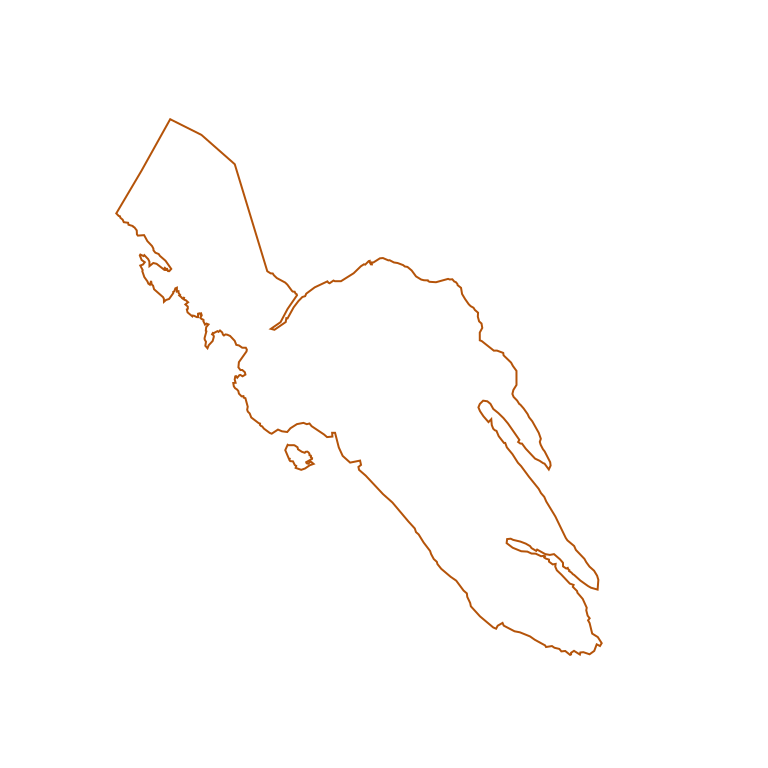 Lyngen nor, Troms, Norway (Albers equal-area conic projection), rotated 128°
{"feature_id": "86288312B24921561512033", "entity_name": "Lyngen nor", "entity_type": "district", "adm_level": 2, "iso_a3": "NOR", "parent_name": "Norway", "parent_adm1": "Troms", "projection": "albers", "projection_center": [20.09, 69.689], "detail": "fine", "context": "isolated", "style": "outline", "palette": "amber", "viewbox_px": 768, "rotation_deg": 128, "n_neighbors": 0, "source": "geoboundaries", "source_scale": "gbopen_adm2", "svg_char_len": 6134}
<svg xmlns="http://www.w3.org/2000/svg" viewBox="0 0 768 768"><g transform="rotate(128 384 384)"><path d="M307.0,715.5L365.2,706.4L414.4,700.0L414.9,696.5L414.4,695.3L415.3,694.1L415.4,691.1L416.7,688.7L414.5,684.9L415.8,683.4L414.2,679.3L414.5,678.1L414.2,677.2L415.2,673.4L418.2,670.8L418.6,669.3L414.4,664.7L417.1,658.4L418.1,651.7L419.3,649.1L420.6,647.9L421.3,645.0L420.3,641.6L421.0,639.5L421.4,632.0L424.3,622.5L427.3,622.7L428.0,623.7L426.8,625.8L427.6,626.8L427.4,628.2L428.2,628.2L428.5,626.1L429.3,627.3L429.3,637.2L430.7,640.3L435.5,641.4L432.0,644.2L430.8,646.7L430.0,652.2L431.2,652.2L432.0,655.7L433.0,655.6L435.5,651.3L435.3,647.5L438.3,647.5L440.7,649.0L442.8,644.3L443.9,643.9L447.3,638.7L448.8,633.6L450.0,631.5L449.9,629.6L446.2,631.0L448.5,628.4L448.7,626.5L450.9,623.5L451.6,611.5L452.4,609.9L454.7,608.0L452.0,607.5L449.3,605.7L442.2,606.0L441.2,606.8L440.0,606.3L437.1,607.3L435.6,606.5L438.7,604.1L437.4,603.1L438.9,601.6L439.3,599.6L440.3,599.8L440.4,596.7L440.7,596.0L440.5,594.9L438.4,594.8L440.6,594.1L440.4,592.6L440.0,591.9L440.2,588.7L443.6,589.5L443.8,586.3L445.5,584.9L446.6,585.3L448.5,582.9L448.7,576.7L447.9,576.9L447.2,575.7L446.5,572.6L445.8,571.7L443.1,573.8L441.7,572.7L442.2,571.6L441.1,571.4L442.1,569.9L444.9,569.5L445.1,567.6L444.7,566.8L444.7,565.5L445.7,565.0L447.4,561.6L445.7,561.1L445.1,559.0L448.7,559.1L451.8,557.2L451.8,556.4L458.4,553.6L459.4,552.6L460.3,550.3L463.9,548.3L464.5,545.1L461.4,546.0L455.6,545.5L451.5,547.2L450.6,548.3L450.7,550.1L449.1,550.3L448.9,549.6L444.9,547.8L444.8,546.5L442.8,546.2L443.0,543.2L444.2,541.4L444.3,540.0L442.6,539.5L441.7,538.0L440.9,534.9L441.9,528.2L444.1,524.5L442.9,522.0L442.7,518.1L440.5,515.2L441.4,513.2L443.0,512.4L456.1,511.8L460.5,509.0L461.4,505.7L460.2,504.3L460.4,500.9L461.9,499.0L465.0,500.2L465.3,502.8L466.1,503.4L469.4,503.5L468.9,505.5L469.6,505.9L472.4,504.4L474.4,501.7L476.0,503.4L478.3,500.9L479.0,498.7L478.8,496.6L479.2,494.5L480.9,492.4L481.4,488.6L480.1,487.3L481.1,486.1L480.5,484.5L485.8,477.4L488.5,476.0L489.6,474.3L489.9,471.7L492.1,468.0L492.0,458.7L491.5,457.3L492.6,456.6L492.8,455.1L492.4,453.9L493.1,451.2L492.9,443.9L492.3,441.9L485.2,439.5L484.1,435.3L481.4,430.7L476.5,430.5L469.2,427.9L464.2,423.5L463.2,420.1L461.0,418.4L461.8,415.1L460.7,400.3L460.9,396.2L457.2,392.3L454.4,394.8L452.6,392.5L461.8,380.6L466.1,372.3L466.8,362.3L459.1,355.7L461.9,352.3L465.1,353.1L467.0,350.8L467.5,341.8L471.4,316.9L472.2,304.4L477.3,280.2L478.9,270.8L481.0,267.6L481.2,264.1L484.5,255.2L487.2,244.9L489.0,242.2L491.3,237.0L491.6,232.9L493.0,231.0L494.4,225.1L494.9,212.7L494.5,206.0L497.8,194.1L498.0,189.8L500.5,187.3L503.5,181.3L505.7,178.7L508.0,165.3L508.6,148.0L507.8,145.0L504.5,145.6L499.3,143.5L500.7,140.9L498.5,128.9L496.0,124.0L493.0,113.5L492.7,107.7L490.8,96.1L491.5,94.4L487.1,90.3L486.9,87.3L484.8,82.7L485.5,79.6L482.8,76.8L482.9,70.6L481.9,70.1L480.6,71.1L477.3,70.0L476.6,63.1L474.7,64.0L472.6,61.8L470.4,55.6L464.9,54.0L458.2,56.1L457.5,52.5L454.2,52.9L451.8,59.7L452.5,66.3L445.8,74.8L444.6,77.7L442.0,77.7L441.2,80.9L437.8,85.3L435.5,86.5L431.0,95.1L429.4,103.1L428.3,104.4L427.6,110.3L425.6,110.9L426.9,114.7L425.0,126.8L424.4,133.1L422.5,136.6L420.1,138.0L422.3,140.0L422.4,144.6L420.8,145.9L421.9,148.8L422.1,150.9L420.7,151.1L421.1,152.4L423.0,154.2L424.3,160.0L426.8,163.4L427.8,167.8L431.3,172.9L433.8,181.8L433.9,189.4L430.4,191.5L427.9,188.9L427.3,186.2L424.2,179.5L422.5,174.0L421.8,169.1L422.5,166.7L421.8,161.3L420.2,161.4L418.8,152.3L416.6,148.1L413.4,145.3L413.8,137.3L414.7,132.9L417.5,130.6L417.2,126.8L415.8,126.0L416.6,124.7L416.6,123.3L417.4,123.0L417.2,120.2L417.6,118.0L417.4,116.7L418.0,108.3L417.6,98.9L417.1,95.5L414.5,89.1L406.4,94.5L403.9,98.0L401.8,103.5L401.4,109.6L399.9,114.9L398.4,118.4L396.6,130.7L394.6,134.4L394.3,143.2L393.4,146.0L382.9,167.4L376.7,183.8L374.3,188.2L373.3,193.2L371.4,197.5L367.9,212.5L364.3,225.4L363.6,230.0L360.2,239.6L358.3,248.2L355.8,252.2L356.6,253.2L354.5,261.5L351.7,266.5L352.2,268.3L352.0,270.4L350.0,273.8L345.7,277.8L349.7,278.2L348.2,285.8L346.3,291.6L344.3,295.2L340.7,296.2L336.1,295.6L334.0,291.9L334.1,287.9L336.4,282.5L336.5,276.1L337.3,268.9L338.8,262.0L344.7,242.9L347.1,242.6L347.0,239.9L346.0,238.6L347.7,232.5L349.8,219.0L348.7,214.1L348.4,209.8L347.9,208.5L349.9,201.5L345.7,202.5L343.3,204.9L338.2,215.9L337.5,218.7L335.4,223.2L333.7,225.6L330.6,226.7L327.2,232.0L322.1,244.2L320.9,249.2L319.3,252.3L317.3,258.9L316.3,264.0L316.5,265.0L315.1,268.9L314.4,273.9L312.8,276.7L309.0,278.4L303.2,279.0L292.1,287.7L290.4,293.6L288.9,297.0L287.8,307.4L286.1,309.2L288.1,315.5L290.1,318.0L290.0,333.4L290.6,335.4L284.5,340.2L279.3,341.1L276.3,344.4L276.1,347.6L273.2,351.5L269.9,353.8L269.7,358.0L268.8,360.4L269.3,363.6L269.0,366.3L267.1,372.5L265.0,377.9L260.8,382.5L260.8,386.8L260.0,387.8L259.5,390.0L260.0,391.8L259.4,394.6L261.2,396.6L261.7,398.2L271.8,405.7L275.4,411.0L275.7,412.4L275.3,413.2L277.6,416.3L278.8,419.0L279.5,425.0L277.5,432.1L277.3,437.6L278.6,440.0L278.5,442.0L280.3,447.8L282.1,451.0L283.0,455.8L283.9,456.7L285.4,462.4L287.5,464.6L294.8,467.2L295.8,468.6L297.2,467.2L297.8,468.0L296.8,470.4L295.8,471.1L296.5,471.7L301.5,472.3L302.0,473.5L305.4,474.7L315.4,476.1L329.5,481.2L333.2,485.9L333.6,487.5L338.1,488.9L338.4,490.0L338.0,491.8L350.5,498.1L360.7,500.9L363.3,500.2L365.7,501.9L371.4,502.5L379.2,502.4L391.7,500.4L392.2,501.5L395.7,499.6L408.7,503.7L410.2,507.1L399.0,503.6L384.2,506.2L367.6,507.2L367.0,508.2L367.2,509.4L366.3,511.2L367.3,512.7L367.3,513.8L365.2,521.3L364.9,524.3L366.5,533.7L366.1,537.7L365.4,539.7L366.6,541.4L367.0,545.4L302.7,636.9L300.1,681.2L307.0,715.5ZM499.2,394.2L493.8,392.5L490.3,390.3L490.2,393.1L490.5,394.1L493.4,394.6L494.0,395.8L493.9,396.7L493.5,397.2L487.4,394.6L486.7,395.0L486.8,396.5L485.7,397.1L485.5,397.8L486.0,398.8L484.7,400.1L484.4,401.6L484.5,402.8L485.7,404.0L487.0,404.1L488.0,407.0L488.4,411.6L487.1,413.2L487.4,416.8L488.1,417.9L491.0,421.5L491.2,422.5L496.9,421.1L501.4,413.0L501.0,412.3L502.1,411.8L502.5,410.4L501.0,408.1L502.8,404.4L502.6,402.7L504.5,402.0L502.6,396.4L499.2,394.2Z" fill="none" stroke="#b45309" stroke-width="2"/></g></svg>